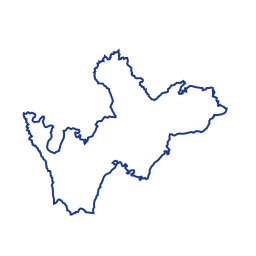 outline of Kubake, Maseru, Lesotho, rotated 80°
{"feature_id": "5366337B67565393962303", "entity_name": "Kubake", "entity_type": "district", "adm_level": 2, "iso_a3": "LSO", "parent_name": "Lesotho", "parent_adm1": "Maseru", "projection": "orthographic", "projection_center": [27.695, -29.673], "detail": "fine", "context": "isolated", "style": "outline", "palette": "blue", "viewbox_px": 256, "rotation_deg": 80, "n_neighbors": 0, "source": "geoboundaries", "source_scale": "gbopen_adm2", "svg_char_len": 5904}
<svg xmlns="http://www.w3.org/2000/svg" viewBox="0 0 256 256"><g transform="rotate(80 128 128)"><path d="M198.5,202.2L199.0,201.0L201.2,199.3L203.2,199.6L203.5,198.5L202.4,195.8L202.7,194.9L201.6,194.2L202.0,191.8L199.9,190.3L199.1,189.1L199.3,187.9L200.4,186.0L201.5,185.5L202.2,184.5L203.5,184.4L205.9,176.8L202.8,176.7L201.6,176.3L200.2,175.0L197.4,174.8L193.5,173.4L191.3,171.5L189.0,170.5L188.6,169.3L186.7,169.0L182.7,167.3L182.0,166.2L181.3,166.0L181.2,165.2L179.7,165.3L178.5,164.7L177.4,163.4L171.9,160.2L170.1,158.1L168.8,153.4L166.5,151.0L164.7,147.5L163.2,146.8L162.8,146.1L161.8,146.2L161.2,147.9L160.3,148.2L159.6,149.2L158.2,146.9L158.1,146.0L158.9,144.4L161.3,144.8L160.2,141.9L160.4,141.3L162.1,140.5L163.9,140.5L164.8,139.6L164.7,138.9L163.1,136.9L164.4,135.8L165.5,135.6L165.8,137.2L166.9,137.6L168.8,136.6L169.8,135.5L171.1,135.5L172.3,136.9L172.7,136.4L172.8,135.2L170.4,133.1L170.3,130.6L170.7,129.7L171.9,129.4L173.6,130.3L173.8,132.6L174.9,132.8L175.4,132.5L176.1,130.0L177.2,128.8L178.3,126.0L178.4,124.3L178.1,123.6L178.4,123.1L179.0,123.3L180.1,125.4L180.5,125.6L181.3,125.1L179.8,122.8L180.5,121.1L180.1,119.8L181.5,119.0L181.2,117.4L178.0,115.9L175.9,114.3L173.7,114.2L170.5,112.0L168.1,109.0L167.1,108.4L164.8,103.7L160.8,99.1L159.8,96.7L158.2,95.6L157.5,96.1L157.3,95.8L157.3,94.7L157.8,94.1L159.1,93.5L160.0,94.0L160.7,93.7L160.7,92.9L160.1,92.3L158.7,92.0L157.9,92.6L157.3,91.1L156.2,91.1L153.5,93.0L152.5,93.1L152.4,92.6L151.0,91.7L148.6,91.4L146.2,88.8L143.9,88.8L141.5,87.9L141.9,85.8L142.9,85.0L143.5,83.6L142.5,80.3L142.4,78.0L143.1,76.0L143.3,73.2L143.0,65.8L143.9,64.8L144.0,64.2L142.9,61.5L143.9,57.9L144.8,57.0L144.6,56.0L144.1,54.3L141.9,50.5L137.4,46.9L135.2,46.8L133.6,45.3L133.0,42.8L131.7,42.1L131.5,41.2L130.2,40.9L130.8,38.0L130.8,34.0L130.3,30.9L129.1,29.0L126.0,27.4L125.0,29.3L124.1,29.7L121.6,33.2L121.1,33.2L121.1,34.2L121.9,35.0L121.6,35.5L120.4,34.9L119.1,35.2L117.5,34.3L117.1,34.5L117.2,35.8L116.7,36.0L115.1,36.0L113.8,35.3L112.0,37.9L112.0,38.6L111.2,39.1L108.0,36.6L105.7,37.3L106.6,38.0L103.3,37.5L102.5,39.2L102.8,41.0L102.3,43.7L103.5,44.5L103.7,47.8L101.7,47.6L99.6,54.2L97.9,57.5L97.4,59.8L98.6,62.4L99.2,62.9L98.7,64.8L99.8,65.3L100.6,64.3L102.3,64.3L100.7,67.7L100.9,68.0L102.1,67.4L102.3,68.4L103.4,68.3L103.2,69.7L103.6,69.9L103.2,71.7L102.1,72.0L99.9,70.1L96.5,68.3L94.2,64.5L94.0,64.9L93.2,64.2L92.8,64.3L92.4,64.6L92.6,64.9L91.3,65.6L92.7,67.9L92.3,68.0L92.6,69.2L91.9,72.1L93.7,75.2L93.7,78.3L95.6,79.5L96.4,81.6L99.1,82.4L99.6,84.2L99.4,85.9L99.8,88.4L102.2,91.8L102.3,92.6L103.7,93.9L105.1,96.9L104.3,98.1L103.9,99.7L100.4,102.0L98.7,102.0L97.8,103.1L97.0,103.1L96.2,103.8L95.7,103.7L95.2,104.3L93.6,103.9L93.8,104.2L92.4,105.0L92.4,105.3L90.3,105.6L90.1,106.8L89.5,106.8L89.1,107.7L87.9,108.1L87.4,108.9L85.4,108.3L85.0,107.5L85.0,106.0L84.0,105.1L82.9,105.1L81.2,106.7L80.5,111.3L79.4,112.4L77.9,112.6L77.3,114.2L76.3,114.9L75.9,114.5L75.4,114.9L74.8,114.3L72.6,114.9L69.2,114.3L65.9,117.3L64.7,117.6L61.6,116.4L58.8,116.7L58.7,118.0L59.3,120.0L57.9,120.2L57.7,121.0L57.7,122.0L58.8,123.0L58.9,125.1L58.5,125.2L57.8,124.2L55.3,124.6L54.2,123.4L52.8,124.2L50.1,123.8L51.7,126.6L51.7,127.4L50.8,128.3L51.0,128.9L52.6,129.2L52.7,129.6L52.1,131.3L54.0,132.7L55.4,132.8L55.5,133.6L56.9,133.9L57.2,135.0L57.0,136.1L55.5,136.4L53.2,138.3L54.2,138.6L55.4,140.6L57.9,140.4L57.4,142.0L58.2,143.5L57.5,144.7L58.5,144.7L58.8,145.0L59.1,146.9L60.8,146.5L63.3,148.2L63.1,149.2L63.9,150.5L64.6,150.7L66.4,150.3L67.3,151.8L68.1,151.1L70.9,152.1L72.2,151.7L73.0,152.0L74.6,151.6L75.0,150.9L76.1,150.7L77.3,149.7L78.8,149.7L79.9,145.2L82.0,144.1L83.5,142.4L84.9,141.9L86.3,139.8L88.8,140.1L90.5,139.4L98.0,138.2L99.1,138.3L104.1,141.6L104.7,141.5L107.4,140.4L108.8,140.4L110.2,139.6L113.0,138.9L113.7,138.2L115.2,138.3L114.3,142.4L113.3,144.5L114.4,146.0L114.3,146.5L113.0,148.6L113.1,149.2L116.7,153.0L116.2,154.5L116.5,157.1L118.1,158.1L118.8,159.2L120.1,158.6L120.8,157.7L121.3,157.8L121.9,158.8L125.0,160.5L127.6,162.9L129.8,164.3L130.6,169.1L132.4,169.5L133.6,170.3L136.0,173.3L134.4,173.7L133.4,172.9L133.1,171.7L132.5,171.6L132.0,172.0L132.3,172.6L130.9,176.8L128.5,177.3L127.9,176.2L126.9,176.2L126.7,176.6L128.3,179.2L128.1,180.3L127.4,180.7L123.6,181.0L123.3,180.4L123.7,179.2L124.5,178.2L124.3,177.3L122.8,176.3L121.2,176.7L120.5,179.3L118.9,181.5L118.7,182.7L119.2,183.8L119.1,184.6L117.5,186.3L117.2,187.1L119.8,190.3L119.6,191.9L122.9,191.9L126.6,193.0L132.2,197.0L138.5,199.9L139.3,203.5L140.1,204.6L137.8,208.4L135.2,210.7L132.6,211.0L128.6,209.5L126.6,208.3L125.5,206.4L123.5,204.7L120.1,204.6L119.0,205.0L118.0,203.8L117.6,204.0L115.6,203.2L114.0,201.4L113.2,201.7L112.6,202.1L112.0,204.2L113.0,208.1L112.9,208.9L112.2,209.7L107.2,210.8L103.3,208.8L102.1,209.0L101.9,210.0L103.7,212.9L106.2,214.6L105.9,219.2L104.5,220.6L103.6,220.7L101.6,219.6L100.8,217.6L99.1,217.1L98.1,217.3L96.2,220.0L96.6,222.2L95.1,223.6L96.4,226.1L95.4,228.0L97.4,228.6L98.9,228.1L99.6,228.4L100.1,227.8L101.4,227.5L101.7,226.6L102.2,227.1L103.1,226.6L104.4,227.3L107.2,225.4L107.9,226.8L109.1,227.7L109.9,227.4L110.4,226.4L112.7,227.9L113.7,225.9L115.8,226.4L115.6,225.7L118.7,224.8L119.5,224.0L120.0,224.6L120.0,226.0L121.5,227.2L123.9,224.7L125.0,225.2L126.9,224.5L127.6,224.9L129.3,223.4L129.1,222.5L130.6,221.5L131.3,221.5L132.5,220.3L133.2,220.5L134.9,219.9L135.4,218.9L136.2,219.1L137.3,218.3L138.2,218.6L140.8,218.2L142.3,216.8L144.2,216.7L145.5,215.2L147.1,214.7L148.2,214.6L149.1,215.1L151.2,214.7L152.8,215.2L154.1,214.5L156.5,214.1L156.7,212.5L157.3,212.0L161.6,212.4L162.0,211.9L163.6,211.8L163.9,211.3L167.4,211.7L168.2,211.5L168.5,211.0L171.0,213.0L174.9,212.5L175.6,212.9L178.5,213.0L179.5,213.5L185.9,213.3L189.7,214.0L189.3,212.4L188.2,210.7L186.6,209.5L186.5,207.8L187.3,207.3L187.6,206.4L190.7,204.8L191.3,203.5L193.1,202.9L194.1,202.0L195.3,202.3L196.9,201.8L198.5,202.2Z" fill="none" stroke="#1e3a8a" stroke-width="2"/></g></svg>